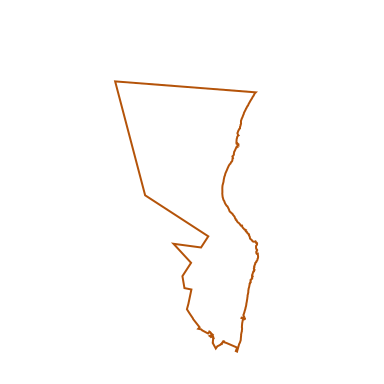 outline of Playas de Rosarito, Baja California, Mexico, rotated 213°
{"feature_id": "50627088B91471061308984", "entity_name": "Playas de Rosarito", "entity_type": "district", "adm_level": 2, "iso_a3": "MEX", "parent_name": "Mexico", "parent_adm1": "Baja California", "projection": "orthographic", "projection_center": [-116.976, 32.258], "detail": "fine", "context": "isolated", "style": "outline", "palette": "amber", "viewbox_px": 384, "rotation_deg": 213, "n_neighbors": 0, "source": "geoboundaries", "source_scale": "gbopen_adm2", "svg_char_len": 5469}
<svg xmlns="http://www.w3.org/2000/svg" viewBox="0 0 384 384"><g transform="rotate(213 192 192)"><path d="M316.7,242.9L229.5,163.7L154.2,163.7L154.2,150.4L179.3,138.5L154.2,132.1L154.2,116.2L146.0,107.3L139.4,109.9L134.1,96.2L132.4,90.9L127.8,88.8L122.6,86.6L122.1,86.3L121.7,86.0L115.2,83.8L112.0,82.7L112.3,80.7L109.4,81.8L108.4,81.6L108.2,81.5L101.5,82.1L101.3,84.0L101.4,84.4L100.7,84.4L100.1,84.3L99.8,84.2L99.9,83.9L99.7,83.9L99.3,83.8L97.9,83.7L97.2,83.6L98.8,80.9L97.3,80.8L97.1,80.7L96.0,82.3L96.0,82.6L94.2,81.1L94.5,80.7L94.2,80.5L94.1,80.3L94.1,80.0L92.7,77.3L92.5,77.2L92.4,76.7L86.8,73.7L86.7,76.4L85.1,79.1L85.0,79.8L84.4,80.4L84.6,80.6L84.4,80.8L84.5,80.9L84.4,81.8L84.6,81.8L84.5,83.3L84.5,83.9L83.6,84.2L82.9,83.6L82.2,83.8L80.6,84.2L69.4,86.1L68.6,82.5L67.3,82.7L67.7,83.8L67.9,84.6L68.7,87.1L69.6,90.0L69.7,90.5L69.8,91.8L70.5,94.4L71.3,95.8L72.7,98.5L73.1,99.0L73.9,101.0L74.1,101.4L74.2,102.1L74.8,103.1L75.0,103.6L75.3,104.2L75.6,104.7L76.2,105.5L76.5,105.7L77.2,107.0L77.7,107.9L78.5,109.4L79.0,110.7L79.4,111.5L79.7,113.3L79.7,113.6L79.4,113.7L79.0,113.7L78.7,113.8L78.5,114.2L78.5,114.4L78.5,114.5L78.7,114.8L79.3,115.2L78.8,114.5L78.7,114.4L78.7,114.2L78.8,114.1L79.1,113.9L80.4,113.6L81.8,113.2L81.9,113.6L79.1,114.3L79.5,114.4L80.3,114.7L80.4,115.0L80.5,115.2L80.3,115.4L80.2,115.5L79.7,115.3L80.5,115.9L81.2,116.0L81.3,116.1L81.5,116.8L81.4,116.9L81.2,117.0L81.6,116.9L81.5,116.3L81.7,116.8L81.9,116.9L82.1,117.6L82.1,118.1L82.4,118.8L82.5,119.5L82.9,120.5L83.1,121.3L83.7,123.4L83.9,123.6L84.5,125.6L85.2,127.3L85.4,127.5L85.6,128.0L86.3,129.8L87.0,131.3L87.4,132.3L88.2,133.9L88.4,134.5L88.9,135.2L89.3,136.2L89.6,137.2L89.9,137.7L90.0,138.2L90.4,139.0L90.9,139.6L91.5,141.1L91.7,141.3L91.9,141.9L92.3,143.3L92.6,144.1L92.9,144.7L93.2,145.6L93.7,146.3L93.7,146.7L93.5,146.8L93.5,147.0L93.8,147.4L93.9,147.6L93.7,148.0L93.6,148.3L93.7,148.5L94.1,148.7L94.5,149.2L94.5,149.3L94.4,149.4L94.4,149.6L94.5,149.8L94.7,150.1L94.9,150.2L94.8,150.5L94.8,150.8L94.8,151.2L94.7,151.4L94.6,151.5L94.5,151.8L94.5,152.1L94.4,152.2L94.5,152.4L94.9,152.5L95.0,152.6L95.1,152.8L95.2,153.2L95.1,153.3L95.1,153.6L95.1,154.0L95.1,154.3L95.3,154.4L95.5,154.5L95.5,154.4L95.7,154.5L95.9,154.3L96.1,154.6L96.0,154.8L96.1,155.0L96.3,155.1L96.3,155.5L96.5,155.7L96.5,155.9L96.5,156.0L96.8,157.1L97.3,158.8L97.2,159.3L97.1,159.2L96.9,159.3L97.0,159.5L97.0,160.0L97.4,160.4L97.4,160.5L97.3,160.8L97.8,161.0L98.1,161.1L98.5,161.6L98.5,162.0L98.8,162.5L98.7,162.7L99.4,163.5L99.3,164.1L99.5,164.4L99.6,164.7L99.7,165.2L99.7,165.5L99.7,165.8L100.2,166.6L100.3,166.8L100.1,167.5L99.9,168.0L100.0,168.5L100.3,168.8L100.1,169.3L100.1,170.4L100.4,171.3L100.7,171.8L100.7,172.6L101.5,174.0L102.9,175.6L103.1,176.0L103.3,176.2L103.5,176.0L103.3,175.6L103.8,175.4L104.5,175.6L105.5,176.7L105.5,177.2L105.4,177.5L105.7,178.0L105.7,178.8L106.2,179.1L106.7,179.1L107.7,179.8L108.9,181.6L108.8,183.3L109.2,183.9L109.5,184.5L109.9,184.6L110.1,184.2L110.3,184.2L110.5,184.2L111.0,184.8L111.6,185.1L111.8,185.2L112.0,184.8L112.3,184.5L112.9,184.2L113.6,183.7L115.1,183.9L115.8,184.3L117.3,184.4L118.0,184.6L119.4,186.1L120.6,186.6L120.8,187.2L121.3,187.6L121.8,187.7L122.1,187.6L122.3,187.5L122.8,187.6L123.4,187.8L123.6,188.1L124.5,188.4L124.7,188.6L124.8,188.6L125.0,188.3L125.4,188.4L125.9,188.6L126.1,188.9L126.7,189.2L126.6,189.4L126.9,189.4L127.5,189.1L129.2,189.6L129.5,189.6L131.0,190.2L131.4,190.6L131.5,190.9L131.9,191.1L132.6,190.4L133.1,190.5L133.8,190.9L134.3,191.1L135.8,191.5L136.7,191.5L137.4,191.6L138.6,192.1L139.1,192.6L139.8,192.5L140.3,192.6L140.6,193.0L140.8,193.3L141.7,193.5L142.9,194.5L143.7,194.7L144.1,194.9L145.0,195.1L146.3,195.8L146.7,195.7L147.3,195.8L147.5,195.9L147.9,195.9L148.7,196.1L149.2,196.1L149.7,196.2L150.4,196.6L151.5,197.5L153.7,198.8L154.6,199.3L155.0,199.2L155.7,199.4L157.9,200.4L159.4,201.4L159.7,201.8L160.9,202.3L161.7,202.8L162.7,203.8L163.3,204.2L164.5,205.6L165.9,207.4L166.3,208.2L168.7,211.8L169.5,213.2L170.0,214.2L171.1,217.6L171.6,218.7L171.7,218.8L172.3,220.2L172.9,221.8L173.2,222.5L173.4,223.8L173.6,224.3L174.1,225.7L174.5,228.2L174.8,230.1L175.0,230.9L175.5,234.3L175.5,235.8L175.2,236.7L175.3,237.5L175.5,238.0L175.2,239.1L175.2,239.9L175.5,240.7L176.0,241.7L176.0,242.3L176.0,242.6L176.5,242.7L176.7,243.4L177.2,243.7L177.5,243.9L177.3,244.7L177.2,245.1L177.2,245.6L177.2,246.1L177.8,247.0L178.6,249.0L178.5,249.7L178.7,250.8L178.8,251.4L179.1,253.3L178.8,253.7L179.0,253.9L179.2,254.2L179.0,254.8L178.7,254.9L178.8,255.0L179.2,256.1L179.1,256.4L178.7,256.5L178.8,256.6L179.0,256.6L179.1,256.9L179.0,257.1L178.9,257.1L179.0,257.3L179.4,257.3L179.6,256.9L179.7,257.0L179.9,256.8L180.3,256.8L180.2,257.1L180.3,257.2L180.4,256.9L180.7,256.8L181.0,256.9L181.4,257.2L181.8,257.9L183.1,260.2L183.5,261.1L183.6,261.7L184.0,262.6L184.1,262.9L184.1,263.9L184.2,264.2L184.2,264.4L183.9,264.8L184.5,265.0L185.9,266.0L186.1,266.7L186.3,267.9L186.5,268.5L186.6,269.3L186.5,270.1L186.7,270.4L186.7,270.8L186.6,271.1L186.4,271.5L186.5,271.7L187.1,272.6L187.3,273.0L187.3,273.5L187.5,274.3L187.9,274.8L187.9,275.3L188.0,275.8L188.2,276.2L188.9,277.1L189.7,278.4L190.0,279.9L190.2,280.4L190.3,281.1L190.4,282.1L190.9,284.2L191.1,285.7L191.5,286.6L191.6,287.6L191.9,290.5L192.1,291.3L192.0,291.7L192.1,292.3L192.2,292.8L192.2,293.5L192.3,294.4L192.1,294.9L192.5,297.0L192.5,297.9L192.7,300.7L192.7,303.1L192.9,304.9L192.8,306.2L193.1,308.8L192.8,310.3L260.5,273.5L316.7,242.9Z" fill="none" stroke="#b45309" stroke-width="2"/></g></svg>